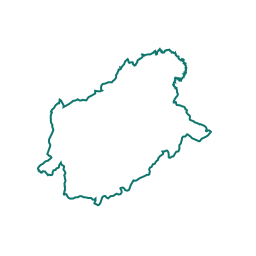 the district of Ambohidratrimo, Analamanga, Madagascar, rotated 205°
{"feature_id": "10022922B52736847594449", "entity_name": "Ambohidratrimo", "entity_type": "district", "adm_level": 2, "iso_a3": "MDG", "parent_name": "Madagascar", "parent_adm1": "Analamanga", "projection": "robinson", "projection_center": [47.401, -18.676], "detail": "fine", "context": "isolated", "style": "outline", "palette": "teal", "viewbox_px": 256, "rotation_deg": 205, "n_neighbors": 0, "source": "geoboundaries", "source_scale": "gbopen_adm2", "svg_char_len": 5852}
<svg xmlns="http://www.w3.org/2000/svg" viewBox="0 0 256 256"><g transform="rotate(205 128 128)"><path d="M157.4,190.3L158.8,187.0L158.5,184.9L158.5,184.1L159.3,181.6L159.5,179.7L160.6,179.6L159.6,178.2L160.2,177.4L161.1,177.1L161.2,176.5L160.8,175.3L161.0,173.8L160.8,173.3L161.2,170.9L160.5,169.8L160.1,168.2L160.7,165.7L161.5,164.6L161.9,162.6L165.1,161.2L167.3,158.7L169.5,157.2L170.0,155.5L169.7,153.6L169.1,152.6L169.0,152.0L168.4,151.3L167.3,151.0L168.7,149.5L170.6,148.6L173.5,147.8L172.3,145.4L174.6,142.1L176.8,139.3L177.5,135.4L181.3,134.2L181.4,133.7L183.2,132.5L185.8,132.7L186.4,131.6L187.6,130.5L189.3,129.3L190.0,127.5L190.9,126.2L191.5,124.9L195.3,119.7L195.8,121.2L200.2,124.5L201.9,124.8L200.8,121.3L201.0,121.0L201.9,120.8L202.1,120.5L203.3,117.8L203.5,114.8L204.6,112.6L204.7,110.5L204.7,110.2L203.9,110.3L203.5,109.9L203.5,107.4L202.7,105.4L202.6,104.9L201.6,103.4L201.0,101.8L199.8,100.3L197.6,98.5L197.3,97.2L195.0,95.0L194.9,94.6L194.6,91.8L194.7,84.4L194.1,82.6L192.8,80.9L192.0,80.5L191.4,79.8L190.9,79.0L190.1,70.3L188.2,69.7L187.9,69.5L186.9,69.7L185.8,69.4L184.9,68.8L184.9,68.5L185.6,67.2L185.6,66.6L186.4,65.7L186.6,64.6L187.9,63.6L188.8,62.6L190.2,59.2L191.3,58.0L191.9,56.8L192.3,55.6L192.6,53.5L192.4,53.3L191.7,52.4L191.2,52.4L190.8,51.4L189.9,51.3L189.1,51.6L188.7,51.2L188.5,50.9L188.1,50.8L187.3,51.1L186.9,52.8L184.8,53.5L180.6,51.4L180.2,52.2L178.7,52.4L177.3,53.1L177.0,53.6L177.1,54.9L177.6,56.2L177.7,58.1L175.9,59.3L175.9,60.9L175.7,61.3L174.8,61.9L174.0,63.0L174.6,65.0L174.2,68.2L173.6,67.5L172.6,66.7L171.6,66.4L170.7,66.5L169.8,66.3L169.4,65.3L169.0,63.2L168.7,62.9L167.4,62.3L165.8,60.9L165.5,60.0L165.8,58.9L165.7,58.0L164.7,57.1L163.7,55.3L162.5,54.1L162.3,53.6L162.1,50.7L161.3,49.7L161.0,48.6L160.7,48.3L160.3,48.2L160.1,47.4L158.8,45.2L159.1,44.2L158.6,43.3L158.4,42.2L158.5,41.4L158.1,40.8L157.7,40.6L156.5,41.8L155.9,41.9L153.3,39.9L151.2,39.5L150.2,39.7L147.9,40.9L146.5,42.8L143.9,44.2L143.3,45.5L142.1,46.2L140.5,46.7L139.1,46.4L136.6,47.4L134.7,47.7L131.9,48.9L131.1,48.8L130.0,48.3L129.3,48.2L128.0,49.1L127.6,50.2L126.7,48.4L126.8,46.3L126.5,45.4L124.5,45.5L122.7,45.3L122.0,45.9L121.7,46.7L121.4,48.6L122.0,54.1L121.7,55.2L121.3,55.8L120.4,56.6L119.6,56.7L118.1,55.9L116.3,55.8L115.2,58.5L114.9,58.9L112.5,60.4L110.9,63.4L110.2,63.7L108.7,63.7L107.7,64.2L107.2,64.6L106.8,65.0L106.6,65.8L106.6,66.8L106.7,67.3L107.4,68.5L109.4,70.0L109.4,70.4L107.8,71.7L107.4,71.8L105.8,71.6L104.3,70.5L102.1,70.9L101.0,72.2L101.0,74.1L101.4,77.1L100.9,82.8L99.6,83.0L98.2,84.0L96.1,87.6L92.5,91.6L91.1,93.6L89.8,94.1L89.2,94.9L89.1,95.4L89.7,96.5L89.7,97.4L89.8,97.8L91.4,99.6L91.4,100.7L91.2,101.7L90.4,102.4L90.2,102.8L90.1,105.7L88.8,106.6L88.6,107.2L88.5,109.2L88.0,110.5L87.3,111.7L87.3,112.1L87.8,113.1L87.2,115.9L86.3,117.3L85.3,119.1L85.3,119.7L85.6,120.1L86.2,120.9L86.8,121.3L86.2,121.7L85.3,121.9L84.0,123.4L83.3,124.0L82.8,124.0L81.8,123.5L80.8,122.6L79.3,120.1L79.0,119.0L78.0,118.5L77.2,118.8L76.2,120.6L75.8,120.9L74.9,121.4L74.7,122.3L74.7,123.8L74.3,126.5L73.8,127.3L72.6,127.9L72.4,128.7L72.5,130.2L72.6,130.8L72.8,130.9L73.0,131.8L73.7,132.9L74.2,134.0L73.6,136.2L74.4,140.8L74.8,141.5L74.7,142.6L74.4,143.5L72.6,144.4L72.1,145.7L71.9,147.1L71.5,147.4L67.5,146.6L66.3,146.0L65.1,145.8L59.9,146.0L58.4,145.9L57.6,146.2L57.2,147.0L56.7,149.4L53.8,152.9L52.6,154.7L52.2,155.8L51.3,159.4L51.3,159.7L52.4,160.0L53.5,160.1L54.1,159.8L55.5,158.3L55.9,158.2L56.2,158.5L56.2,160.3L57.6,161.6L59.8,162.2L63.8,162.1L64.4,161.5L64.7,161.5L65.6,161.8L66.2,161.6L67.9,161.6L69.8,161.3L70.4,161.4L71.0,161.8L75.2,161.6L75.7,161.9L76.6,164.3L77.4,165.3L79.3,165.6L80.5,166.3L81.5,166.7L81.8,167.0L82.0,168.8L82.3,169.2L82.7,169.3L83.8,169.2L85.0,170.5L85.5,170.7L86.5,170.9L88.1,170.5L89.9,170.6L93.6,169.5L94.5,170.2L95.4,171.6L95.7,171.7L96.8,170.6L97.3,170.4L97.6,170.8L97.8,171.4L97.8,173.0L97.7,174.7L97.3,176.8L96.8,178.2L97.0,179.5L97.4,180.2L98.2,180.6L100.1,183.5L100.8,184.0L101.9,184.1L101.9,184.4L101.5,184.8L104.0,185.3L105.1,186.0L105.3,186.3L104.8,186.8L105.4,187.4L105.6,188.8L105.3,189.2L104.7,189.3L105.5,190.1L105.3,191.7L106.2,192.4L106.5,193.0L106.4,193.6L105.9,193.9L105.0,193.6L104.2,194.0L103.4,193.5L103.3,193.8L103.6,194.4L103.4,194.5L102.5,194.2L102.1,193.0L101.2,192.7L99.9,193.3L100.0,193.5L100.5,193.7L101.2,195.0L100.0,195.2L99.8,196.6L99.0,197.8L99.3,198.2L99.5,198.7L99.1,199.8L99.2,200.0L100.3,200.4L99.7,200.8L99.5,201.3L99.0,201.5L99.0,202.4L99.7,202.5L99.1,202.9L99.9,203.6L99.7,204.2L100.0,204.4L99.9,204.8L100.1,205.6L100.7,205.9L100.6,207.1L101.3,207.1L101.8,208.8L103.4,209.6L103.0,210.3L103.1,210.8L103.4,210.8L103.7,210.2L104.2,210.4L104.8,210.3L104.8,211.0L106.4,211.8L106.4,212.4L106.2,213.2L106.8,213.6L107.1,213.4L107.2,212.3L107.5,212.4L107.9,213.2L108.2,213.3L108.6,211.8L109.1,212.1L110.1,211.9L111.7,212.5L112.4,214.1L112.8,214.1L113.1,213.7L114.1,213.7L115.5,214.3L115.8,215.2L116.8,215.4L117.1,216.0L117.3,215.5L118.5,215.3L119.0,215.3L119.3,215.6L120.2,214.8L120.5,214.9L121.0,215.5L122.1,215.9L122.8,215.8L123.6,216.5L124.6,215.6L125.1,215.5L125.7,214.9L126.1,214.8L126.2,214.3L127.2,213.7L127.1,212.8L127.2,211.9L127.4,211.5L128.0,211.4L128.3,211.1L128.6,211.4L128.9,211.4L129.6,210.8L130.0,211.3L129.9,211.7L130.2,212.3L131.3,212.4L131.6,212.0L131.8,212.2L131.7,212.5L132.1,212.8L132.4,212.7L132.6,212.9L133.6,209.5L133.0,207.3L133.5,206.5L134.4,207.2L134.7,207.8L135.9,209.3L136.6,208.3L136.9,207.0L139.0,204.0L140.1,203.7L142.6,202.0L143.7,201.1L143.7,200.7L145.8,200.9L146.3,200.6L144.8,199.3L145.3,197.3L146.3,196.0L146.4,195.4L146.7,195.4L146.8,195.0L147.4,194.4L147.9,193.3L147.5,192.0L147.6,191.9L147.4,191.6L147.6,190.2L147.9,189.5L147.9,188.9L147.7,188.3L148.6,187.3L149.4,187.8L150.4,187.9L151.3,189.3L151.6,189.5L154.0,188.1L154.3,187.6L155.0,187.7L156.7,189.8L157.4,190.3Z" fill="none" stroke="#0f766e" stroke-width="2"/></g></svg>